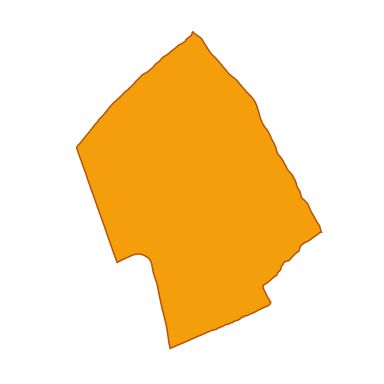 Chatuchak, Bangkok Metropolis, Thailand, rotated 329°
{"feature_id": "78962969B62274513828859", "entity_name": "Chatuchak", "entity_type": "district", "adm_level": 2, "iso_a3": "THA", "parent_name": "Thailand", "parent_adm1": "Bangkok Metropolis", "projection": "robinson", "projection_center": [100.572, 13.827], "detail": "fine", "context": "isolated", "style": "filled", "palette": "amber", "viewbox_px": 384, "rotation_deg": 329, "n_neighbors": 0, "source": "geoboundaries", "source_scale": "gbopen_adm2", "svg_char_len": 5682}
<svg xmlns="http://www.w3.org/2000/svg" viewBox="0 0 384 384"><g transform="rotate(329 192 192)"><path d="M275.5,55.3L274.7,55.3L274.4,55.4L274.4,55.5L272.4,57.2L272.3,57.3L272.0,57.4L271.5,57.5L270.7,57.6L270.1,57.7L267.6,57.9L266.7,58.0L265.7,58.3L265.4,58.3L265.2,58.4L265.0,58.6L264.7,59.0L264.0,59.3L263.5,59.4L263.2,59.4L261.7,59.4L259.2,59.5L258.7,59.5L258.4,59.4L257.3,59.2L256.9,59.2L255.8,59.3L252.2,60.0L248.9,60.4L246.5,60.7L244.7,61.0L241.3,61.5L240.1,61.4L236.0,61.6L235.5,61.7L231.2,63.2L229.0,63.5L227.8,63.4L225.7,63.9L223.6,64.9L222.8,65.1L219.5,65.5L218.7,65.7L218.3,65.8L216.8,66.0L216.4,66.1L214.3,66.1L211.3,66.0L210.8,65.9L210.2,66.0L209.3,66.1L207.0,66.8L206.8,66.9L204.9,67.2L204.6,67.3L204.4,67.5L204.2,67.5L202.7,67.8L201.8,67.8L201.4,68.0L201.0,68.2L200.3,68.5L195.7,69.9L193.9,70.3L192.3,70.6L191.2,70.8L190.6,71.2L190.3,71.3L190.1,71.3L189.8,71.3L189.7,71.2L189.4,71.5L187.8,71.5L187.5,71.5L187.1,71.5L186.4,71.6L184.4,72.1L183.2,72.4L182.6,72.7L182.1,72.8L181.5,73.0L179.8,73.3L179.4,73.4L178.8,73.6L176.6,74.1L176.1,74.1L173.6,74.7L170.8,75.2L168.8,75.7L167.8,76.1L165.6,76.7L163.7,77.4L163.3,77.6L155.8,80.3L154.0,80.8L149.4,82.0L147.2,83.1L146.8,83.3L146.4,83.4L145.4,83.7L143.9,84.1L139.3,85.9L136.0,87.2L134.7,87.6L133.5,88.1L132.3,88.5L130.6,89.0L128.0,90.0L125.0,91.1L122.0,92.2L120.5,92.7L118.2,93.3L116.8,93.9L115.8,94.9L113.3,106.8L113.1,108.6L112.7,110.1L111.5,116.0L110.2,123.0L109.7,125.0L109.5,125.4L106.1,141.7L105.7,144.2L103.2,156.2L99.3,175.8L98.4,179.9L96.3,190.0L93.9,201.5L92.1,210.7L91.5,213.8L96.2,214.1L99.9,214.5L106.8,215.3L108.8,215.6L109.4,215.7L111.6,216.3L112.8,216.8L114.9,218.0L115.5,218.4L116.5,219.3L117.4,220.5L118.3,221.6L119.2,223.2L120.3,225.3L120.7,226.4L120.8,227.2L120.9,228.2L121.0,228.8L120.9,229.6L120.9,230.5L120.7,231.3L120.4,233.0L119.4,235.3L118.1,239.0L117.4,241.0L116.9,242.7L115.8,247.6L114.9,251.9L114.8,252.3L114.0,254.7L112.7,258.3L111.5,261.8L111.0,262.9L107.0,274.6L106.2,276.7L105.3,280.1L104.0,284.5L103.3,286.6L101.5,292.5L99.9,296.6L98.0,301.3L96.7,304.4L95.4,307.3L95.1,308.2L94.0,310.9L93.6,312.1L93.0,314.0L92.7,314.9L96.1,315.3L97.1,315.4L102.4,316.1L106.3,316.7L110.1,317.2L112.5,317.5L118.6,318.3L123.9,318.9L125.8,319.3L136.6,320.6L138.2,320.9L138.6,321.0L139.7,321.6L140.3,321.7L141.0,321.9L141.6,322.1L142.0,322.1L142.5,322.3L143.2,322.2L143.7,322.0L143.9,322.0L144.2,322.0L144.4,322.0L145.5,322.5L146.3,322.6L148.4,322.8L149.9,323.0L150.9,323.0L151.8,323.0L152.4,323.0L153.2,323.2L154.6,324.0L154.9,324.1L155.1,324.1L155.4,324.1L155.6,324.1L155.9,324.0L156.1,324.0L157.0,324.0L157.3,324.0L159.0,324.7L159.4,324.8L160.4,324.5L161.1,324.4L161.6,324.5L163.1,324.9L165.9,325.5L166.5,325.6L167.3,325.6L167.8,325.6L168.0,325.6L169.4,325.1L169.8,325.1L171.6,325.5L171.9,325.5L172.8,325.4L173.1,325.4L173.4,325.5L175.2,326.2L175.6,326.3L175.9,326.4L179.3,326.5L180.4,326.8L181.7,327.1L182.7,327.2L183.4,327.3L185.9,327.4L187.9,327.4L191.4,327.8L194.7,328.1L197.0,328.4L198.9,328.7L199.3,328.7L200.7,328.4L202.3,327.5L202.7,327.3L202.6,327.1L202.7,323.8L202.6,321.5L202.7,320.1L203.0,317.4L203.4,312.0L203.6,311.3L204.2,309.4L204.3,309.3L204.5,309.2L204.5,308.8L206.4,308.7L209.3,308.6L212.3,308.3L213.5,308.1L214.5,307.9L217.2,307.3L219.3,307.0L219.7,307.0L221.2,307.1L221.4,307.1L222.1,306.7L223.3,305.8L223.9,305.4L224.3,305.2L224.6,305.1L225.7,304.9L227.4,304.5L227.7,304.4L227.9,304.3L228.0,304.2L229.4,302.6L230.0,302.1L230.6,301.7L231.1,301.5L232.1,301.2L234.1,300.0L234.4,299.8L234.7,299.8L235.1,299.7L236.3,299.8L236.7,299.8L237.6,300.0L238.7,300.4L239.4,300.7L239.5,300.7L241.1,300.4L241.4,300.3L244.8,299.1L247.6,298.4L250.7,297.9L252.4,297.9L253.6,297.4L254.5,296.6L255.5,295.6L256.4,294.8L256.8,294.5L257.1,294.3L257.9,294.0L258.3,293.9L261.8,293.5L262.7,293.4L263.3,293.5L264.9,293.8L266.0,293.9L267.2,293.9L269.2,293.8L272.1,293.4L273.4,293.3L276.9,293.1L278.0,293.1L281.0,292.6L281.3,292.6L281.7,292.7L282.2,293.1L282.2,292.9L282.3,292.6L283.7,287.5L283.9,287.0L283.9,286.2L283.7,283.3L283.7,281.7L283.9,276.3L284.0,270.8L284.1,269.1L284.4,266.3L284.9,263.8L285.1,262.2L285.1,261.5L285.1,261.2L284.9,260.8L284.3,258.4L284.4,258.2L283.9,256.1L283.8,255.9L283.6,255.7L283.1,253.3L283.0,252.7L283.1,252.3L283.2,251.9L283.9,250.3L284.5,248.2L284.7,247.5L284.7,247.1L284.8,246.3L284.8,245.8L284.7,244.1L284.8,241.9L284.8,241.5L284.9,241.2L285.0,240.8L285.7,238.8L285.8,238.4L286.4,235.0L286.5,234.3L286.5,233.5L286.6,232.8L286.5,231.6L286.8,229.0L286.3,226.8L285.7,224.2L285.5,222.6L285.5,220.8L285.8,218.9L285.8,218.6L285.9,214.9L285.9,214.5L285.9,214.0L286.1,212.7L286.1,210.9L286.0,209.9L286.0,208.3L285.9,207.7L285.2,203.8L285.1,203.6L285.1,203.4L285.2,203.0L285.6,201.1L286.2,198.8L286.6,197.8L286.7,197.4L287.5,191.5L287.4,190.9L287.4,190.4L287.4,189.2L287.6,187.4L287.8,185.9L287.9,184.8L288.1,183.7L288.2,182.6L288.3,180.3L288.4,177.3L288.4,177.0L288.3,176.5L288.2,176.2L288.0,175.3L288.0,174.9L287.9,174.2L287.8,172.5L287.8,171.0L287.8,169.7L288.0,168.5L288.4,165.8L288.6,163.9L288.8,163.2L289.0,162.1L289.3,161.4L289.7,160.3L290.9,155.7L291.3,153.5L291.9,151.6L292.0,151.0L292.1,150.3L292.3,148.7L292.5,147.0L292.5,146.5L292.4,145.0L292.2,143.1L292.1,141.9L291.9,140.6L291.4,138.4L290.8,136.2L290.3,133.9L290.0,132.4L289.8,131.1L289.5,129.7L289.3,128.3L288.6,124.0L287.9,119.8L287.9,119.3L287.4,117.6L286.5,115.0L285.6,112.9L284.9,111.0L284.7,110.5L284.4,109.1L284.3,108.0L283.5,103.1L283.0,99.6L282.1,93.7L281.1,88.5L280.4,86.6L280.0,85.2L279.7,83.5L279.5,80.4L279.4,80.1L279.3,76.0L279.2,72.2L279.2,67.7L279.2,66.1L279.1,65.6L278.7,64.1L278.2,62.7L277.2,60.7L276.0,57.9L275.5,56.6L275.5,55.6L275.5,55.3Z" fill="#f59e0b" stroke="#b45309" stroke-width="1.5"/></g></svg>